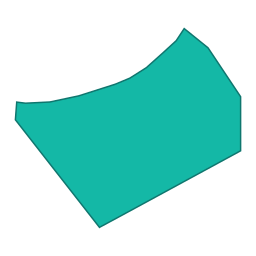 45, Ad Dawhah, Qatar (Natural Earth projection)
{"feature_id": "91078587B95881702990633", "entity_name": "45", "entity_type": "district", "adm_level": 2, "iso_a3": "QAT", "parent_name": "Qatar", "parent_adm1": "Ad Dawhah", "projection": "natural_earth1", "projection_center": [51.549, 25.253], "detail": "fine", "context": "isolated", "style": "filled", "palette": "teal", "viewbox_px": 256, "rotation_deg": 0, "n_neighbors": 0, "source": "geoboundaries", "source_scale": "gbopen_adm2", "svg_char_len": 366}
<svg xmlns="http://www.w3.org/2000/svg" viewBox="0 0 256 256"><path d="M240.6,150.8L240.6,96.7L208.0,47.8L184.2,28.6L176.2,40.7L162.1,53.6L146.3,67.7L129.9,78.1L115.3,84.2L78.6,95.9L49.8,102.0L25.5,103.2L16.7,102.1L16.7,102.3L16.7,102.5L15.4,119.8L99.5,227.4L99.8,227.2L100.1,227.0L125.5,213.3L240.6,150.8Z" fill="#14b8a6" stroke="#0f766e" stroke-width="1.5"/></svg>